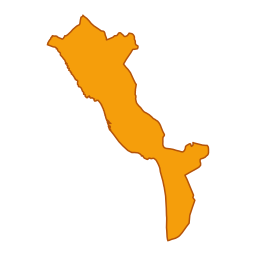 the district of Aceh Selatan, Aceh, Indonesia
{"feature_id": "22746128B12428400263117", "entity_name": "Aceh Selatan", "entity_type": "district", "adm_level": 2, "iso_a3": "IDN", "parent_name": "Indonesia", "parent_adm1": "Aceh", "projection": "albers", "projection_center": [97.405, 3.07], "detail": "fine", "context": "isolated", "style": "filled", "palette": "amber", "viewbox_px": 256, "rotation_deg": 0, "n_neighbors": 0, "source": "geoboundaries", "source_scale": "gbopen_adm2", "svg_char_len": 5624}
<svg xmlns="http://www.w3.org/2000/svg" viewBox="0 0 256 256"><path d="M47.7,43.8L47.5,44.7L52.5,46.6L53.5,46.9L54.2,46.9L55.2,47.2L56.2,47.8L56.4,48.1L56.3,48.5L56.4,48.8L56.6,48.8L57.0,48.6L57.3,48.8L57.7,50.2L58.2,51.1L58.7,51.7L59.6,52.3L60.1,52.7L60.4,53.9L60.3,54.8L60.5,55.1L60.8,55.3L61.5,56.3L62.2,56.9L63.7,59.0L64.2,59.4L65.0,60.5L65.1,61.1L65.6,62.2L66.0,62.7L66.0,63.0L65.6,63.3L65.6,63.6L65.7,63.8L66.0,63.8L66.4,63.5L66.7,63.4L67.0,63.6L66.9,64.5L67.0,65.4L67.8,65.7L67.9,66.2L67.9,66.5L67.4,67.0L67.5,67.4L67.7,67.9L68.6,68.5L69.2,68.5L69.2,68.8L69.0,69.2L69.0,69.6L68.9,70.0L69.1,70.0L69.1,70.3L69.6,70.7L69.9,70.8L70.2,71.1L70.5,71.4L70.7,71.8L70.6,72.1L70.9,72.2L71.0,72.3L71.5,72.9L71.4,73.3L71.5,73.6L71.4,73.8L72.2,74.4L72.8,75.1L73.7,76.4L74.0,76.8L74.5,77.7L74.5,77.9L75.0,78.3L75.1,78.9L75.3,79.1L75.5,79.3L76.2,79.0L75.7,79.2L75.6,79.6L76.4,79.9L76.4,80.1L76.6,80.3L77.1,80.3L77.7,81.0L77.7,81.9L77.5,82.7L77.6,84.2L77.6,84.4L78.4,85.1L78.4,86.1L78.8,86.7L79.6,86.8L80.7,87.5L81.5,88.6L82.5,91.2L83.6,92.4L83.8,92.8L83.6,93.7L83.7,94.2L84.9,94.6L85.2,95.2L85.2,96.2L85.7,96.6L86.0,97.1L86.4,97.4L86.8,97.7L87.2,97.7L87.5,97.6L87.6,97.0L88.6,96.8L88.8,96.7L88.9,96.1L89.2,96.0L89.8,96.7L89.9,97.5L90.8,98.1L91.1,98.1L91.7,97.8L92.2,97.8L92.7,98.0L93.5,98.8L94.3,99.1L94.1,99.5L94.1,100.0L94.4,100.7L94.6,101.0L95.7,101.0L96.0,100.9L96.7,100.3L97.3,100.4L98.0,100.3L99.3,101.7L100.2,102.9L101.2,104.4L101.4,104.5L101.3,104.9L101.6,105.2L101.9,106.0L102.3,106.6L102.6,107.7L103.3,108.7L103.5,109.9L104.1,111.1L104.8,114.1L105.3,115.0L105.1,115.4L105.4,115.9L105.9,118.0L106.9,120.6L107.1,120.9L107.4,120.8L107.4,120.3L107.5,120.2L107.9,120.6L109.0,121.6L109.4,122.9L110.5,123.1L110.6,123.3L109.4,123.3L108.8,123.7L108.8,123.2L109.0,122.6L108.8,122.1L108.4,121.8L108.1,121.9L107.9,122.2L108.0,122.4L108.4,122.5L108.7,122.9L108.2,122.9L107.7,122.5L107.5,122.0L107.2,121.7L108.7,125.9L109.7,125.9L110.3,126.7L110.3,127.2L110.2,127.3L109.5,127.3L109.2,127.1L109.1,127.4L109.3,127.9L109.9,128.7L110.1,129.3L110.4,129.6L110.6,129.9L110.4,130.1L110.5,130.5L113.5,134.3L118.9,141.6L122.8,145.8L126.9,149.6L128.1,150.6L131.8,152.5L134.5,152.5L137.6,152.8L138.4,153.0L140.4,154.2L141.4,155.4L141.5,155.9L142.1,155.9L142.5,155.7L142.8,155.9L143.0,156.2L143.0,156.4L144.3,158.1L145.7,158.7L146.3,159.0L147.2,159.4L147.7,159.3L148.8,158.3L149.3,158.2L149.9,158.2L151.1,158.7L151.5,158.6L153.2,158.3L153.8,158.4L154.3,158.6L156.0,160.1L156.0,159.9L157.9,163.4L159.1,166.1L159.8,168.1L160.4,172.0L162.9,181.0L163.9,186.0L164.3,187.5L164.6,189.7L165.2,193.3L165.6,196.0L166.3,208.1L166.5,215.4L166.7,217.8L166.7,219.7L166.5,227.6L166.8,231.2L167.1,236.8L167.5,239.4L167.9,240.6L168.9,240.4L171.7,239.3L175.3,238.3L176.7,237.6L178.6,236.5L179.8,235.4L182.2,232.6L186.1,227.1L189.1,223.1L189.8,215.2L192.3,207.6L194.8,200.4L194.8,200.2L192.9,197.6L193.5,195.2L193.4,194.9L190.2,187.2L187.2,179.9L186.3,177.9L185.7,176.9L185.0,175.2L188.9,172.9L197.1,168.3L198.8,167.3L200.0,166.0L200.6,165.2L200.6,163.0L200.2,162.1L200.1,161.5L200.1,159.7L200.3,159.4L200.5,159.1L201.4,158.7L203.1,158.2L205.0,157.3L206.8,155.6L207.5,155.1L208.0,154.4L208.5,152.9L208.5,152.0L208.5,149.2L208.3,147.2L207.9,146.4L207.1,145.4L205.6,145.4L202.5,145.1L194.1,143.0L193.1,142.6L192.9,142.9L193.1,143.3L193.2,143.8L192.8,145.3L191.6,146.3L191.4,146.2L191.1,145.8L190.7,144.2L190.4,143.9L190.0,143.8L189.4,143.9L186.7,145.4L185.9,146.1L185.5,146.8L185.3,148.3L184.9,149.5L184.4,150.6L183.0,151.8L182.4,151.9L181.1,151.7L179.3,151.1L176.3,150.4L173.1,149.4L170.4,148.9L166.2,148.4L165.3,148.1L164.3,147.6L163.9,147.2L163.0,145.5L162.8,144.1L162.9,140.8L162.8,140.3L162.9,138.4L163.0,137.3L164.1,135.8L164.3,135.4L164.4,134.8L164.2,134.2L162.8,131.5L161.1,127.3L160.6,125.9L159.8,124.2L159.0,122.9L157.7,121.3L157.0,120.8L156.1,120.3L154.9,119.4L153.2,118.5L151.8,117.0L149.1,114.7L146.3,113.0L145.0,112.4L143.9,111.7L142.5,110.2L140.6,107.6L138.7,105.8L136.9,103.5L136.4,102.5L135.7,99.5L135.6,98.6L135.9,97.0L135.8,95.8L135.7,95.4L135.3,94.9L135.1,94.1L135.3,92.4L135.2,91.8L135.4,90.5L135.4,89.4L136.0,86.0L136.2,84.4L135.3,83.2L133.4,79.3L130.4,72.7L128.0,69.4L126.0,67.3L123.6,64.2L123.7,63.8L126.3,59.3L130.8,52.7L132.6,49.6L133.3,49.3L134.4,49.3L137.1,48.8L137.5,48.6L137.9,47.7L138.0,46.6L137.8,45.9L136.4,45.1L136.0,44.8L135.4,43.7L135.3,42.6L135.3,41.3L135.2,40.9L134.4,39.3L134.4,37.0L134.0,35.9L133.6,35.2L133.1,34.6L132.3,33.9L131.1,33.5L129.2,33.2L129.0,33.3L128.5,34.2L127.8,35.0L127.2,35.7L125.6,36.4L124.7,36.5L124.1,36.2L122.6,34.6L122.0,34.2L120.7,33.0L120.3,32.8L119.3,32.8L118.8,33.0L118.5,33.3L117.3,35.1L117.0,35.3L116.6,35.6L114.7,35.8L114.4,35.9L113.4,36.9L112.4,37.5L107.7,39.5L106.5,39.8L106.4,39.7L106.5,38.6L106.2,37.6L105.2,35.0L104.8,33.0L104.2,31.9L104.0,31.6L103.3,31.2L101.2,30.9L98.1,28.7L93.9,25.9L91.2,23.5L89.3,21.1L86.8,18.4L84.2,16.5L83.0,15.4L82.5,16.4L81.0,17.3L80.4,20.0L79.9,23.6L79.6,24.3L79.4,24.6L78.7,25.1L77.4,25.7L76.5,26.3L75.3,27.3L72.8,29.5L70.8,31.8L67.7,34.7L66.2,35.7L65.6,35.8L64.7,35.9L64.3,37.0L63.1,38.6L62.5,39.0L61.7,38.9L60.8,38.4L59.7,38.1L57.5,37.0L56.9,36.3L55.8,36.0L54.6,36.1L52.4,35.8L52.2,36.3L52.1,36.9L51.7,37.1L51.7,36.9L51.2,37.5L50.8,38.1L50.6,39.0L49.9,39.7L49.1,40.8L48.7,41.6L48.2,42.4L47.9,43.7L47.8,43.9L47.7,43.8ZM110.2,127.1L110.2,126.7L109.5,126.0L109.1,126.1L108.8,126.3L109.1,127.0L110.0,127.2L110.2,127.1ZM110.1,130.0L110.2,129.8L110.1,129.5L109.8,129.1L109.2,127.9L108.9,127.7L109.6,129.7L109.9,130.0L110.1,130.0ZM108.1,121.2L107.6,121.1L107.4,121.2L107.6,121.5L107.9,121.3L108.1,121.4L108.1,121.2Z" fill="#f59e0b" stroke="#b45309" stroke-width="1.5"/></svg>